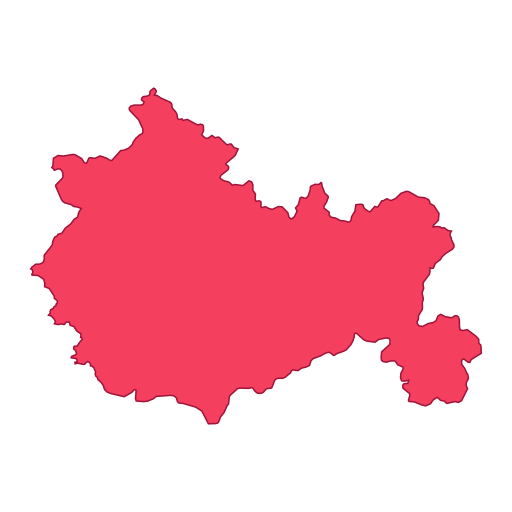 Nguyen Binh, Cao Bằng, Vietnam
{"feature_id": "81297802B34664406606726", "entity_name": "Nguyen Binh", "entity_type": "district", "adm_level": 2, "iso_a3": "VNM", "parent_name": "Vietnam", "parent_adm1": "Cao Bằng", "projection": "orthographic", "projection_center": [105.947, 22.647], "detail": "fine", "context": "isolated", "style": "filled", "palette": "rose", "viewbox_px": 512, "rotation_deg": 0, "n_neighbors": 0, "source": "geoboundaries", "source_scale": "gbopen_adm2", "svg_char_len": 5998}
<svg xmlns="http://www.w3.org/2000/svg" viewBox="0 0 512 512"><path d="M208.4,423.8L215.6,423.6L217.6,423.1L218.7,421.8L220.6,416.8L224.1,412.5L227.1,405.7L228.5,404.1L229.3,397.2L229.9,395.6L237.6,388.6L240.0,388.1L248.4,388.4L251.8,387.7L252.9,388.3L255.1,391.4L257.6,393.3L261.0,393.4L263.4,392.2L266.5,388.7L271.0,388.2L272.0,387.3L274.7,380.3L275.9,379.2L277.6,378.3L282.6,378.3L285.1,377.3L290.5,372.9L291.3,371.0L292.4,369.9L298.0,370.6L301.7,368.1L306.0,367.1L309.0,365.7L309.6,365.2L311.0,360.8L313.1,358.6L320.3,356.0L325.3,353.3L328.3,352.3L330.0,352.6L333.5,355.4L334.6,355.1L337.1,353.5L343.5,351.3L346.4,349.7L351.0,344.5L353.0,340.7L354.4,336.4L354.3,334.4L355.1,333.2L356.5,333.3L363.4,339.5L365.9,340.8L368.1,341.3L375.1,342.2L378.7,339.5L385.8,338.0L388.9,338.3L389.7,339.2L390.1,341.0L389.8,344.4L381.6,351.9L381.1,357.6L381.5,360.3L383.3,361.7L386.2,362.2L390.3,361.0L394.3,360.9L395.3,361.3L397.7,364.8L402.9,367.0L403.1,368.1L402.7,369.9L400.9,373.2L400.5,377.7L401.4,380.4L402.1,381.0L405.0,381.1L408.7,380.2L407.8,383.4L404.1,383.7L403.1,384.5L402.7,386.3L403.0,388.2L409.6,393.6L409.8,395.6L408.5,399.9L408.6,401.0L409.1,401.5L414.1,401.9L421.6,404.9L425.5,405.9L430.5,403.8L433.1,400.0L437.3,397.3L440.5,400.3L444.4,401.1L445.9,402.9L447.1,403.4L454.8,401.6L458.4,402.4L461.5,400.8L467.6,388.7L466.3,385.8L466.2,383.9L466.6,382.0L468.4,378.5L467.8,374.3L466.7,373.0L464.9,368.7L461.7,364.2L461.6,360.8L462.2,359.6L463.7,358.9L468.0,362.2L469.9,362.4L471.0,359.9L472.1,359.0L481.3,353.3L481.0,346.6L480.6,344.8L478.9,343.5L478.7,339.2L476.1,336.3L467.3,329.6L463.1,330.5L460.1,329.9L459.5,326.6L459.4,320.3L458.6,317.3L457.0,315.8L455.4,315.7L453.8,316.3L452.9,317.4L450.6,317.6L445.0,316.6L441.2,314.5L440.3,314.5L437.9,316.1L436.1,320.6L433.0,322.6L428.2,323.5L422.8,326.4L419.0,325.9L417.3,323.6L417.2,321.7L418.3,319.6L418.6,315.4L422.1,309.8L422.5,307.9L422.3,302.4L423.2,300.0L423.2,298.1L422.1,293.0L423.7,288.3L423.0,283.7L423.9,281.6L429.4,274.4L430.0,271.5L429.9,267.9L431.5,268.4L433.4,268.1L435.4,263.3L440.4,259.6L442.0,256.8L445.6,253.5L452.4,249.2L453.8,247.4L454.0,246.1L453.9,244.7L451.4,239.6L451.4,238.0L450.0,235.5L450.2,233.3L451.5,231.1L447.9,230.5L444.4,227.8L441.7,228.0L440.3,227.0L437.7,226.5L433.1,226.9L433.6,225.2L438.4,220.3L439.0,213.5L433.9,205.7L429.9,203.4L429.7,201.6L428.7,199.7L424.5,197.7L418.3,197.1L409.8,192.2L407.9,191.4L406.1,191.4L400.9,193.3L395.7,198.4L391.5,200.4L389.5,200.1L386.9,198.7L383.1,200.8L381.8,200.8L377.9,206.8L376.8,207.1L374.8,206.4L370.2,211.7L369.4,211.8L367.4,210.7L364.3,208.4L362.8,204.7L360.7,204.2L355.9,204.7L354.9,211.1L351.6,216.7L351.0,220.3L349.6,221.8L348.3,222.1L345.3,221.1L340.0,220.4L335.5,218.0L330.8,217.1L329.1,214.6L329.2,212.2L324.0,208.1L323.9,206.4L326.5,202.2L328.3,197.3L328.2,196.3L324.7,193.0L322.1,186.1L321.6,182.9L321.0,182.5L319.1,184.4L315.0,184.3L310.9,186.2L310.4,186.7L310.1,190.3L308.1,196.1L306.2,198.1L304.8,198.2L301.7,197.2L300.2,197.7L298.3,204.7L295.5,207.9L297.1,211.2L294.4,216.7L291.7,218.8L291.0,219.0L288.9,217.0L287.9,212.8L282.2,206.9L278.5,206.5L272.2,209.4L268.5,208.3L265.4,206.7L261.7,207.6L261.0,206.8L261.0,202.0L260.5,201.4L259.0,200.8L256.2,201.3L255.5,200.4L255.1,197.6L255.5,194.7L255.1,193.4L252.8,190.3L252.9,184.9L251.6,181.8L248.9,180.8L243.4,185.3L242.4,185.5L235.0,184.5L232.2,185.2L230.0,182.8L228.3,181.8L223.7,180.7L220.2,178.4L220.0,177.4L221.1,175.2L227.8,170.0L228.7,168.2L228.4,166.3L225.7,164.1L225.8,163.5L235.1,155.6L238.2,149.0L234.1,147.7L231.2,144.0L229.8,144.0L227.6,144.8L226.5,144.5L219.2,137.4L218.2,137.1L214.9,137.7L212.0,135.4L208.1,138.1L206.2,138.3L204.8,137.7L201.7,134.8L203.6,130.7L203.4,126.0L202.5,124.7L200.7,124.2L197.4,124.9L187.3,119.4L183.0,120.4L182.1,118.9L179.3,119.4L177.7,118.9L177.0,114.4L175.7,111.9L172.1,107.8L171.8,104.3L171.2,103.2L170.2,102.2L161.0,98.1L157.0,95.4L154.4,95.3L156.2,91.7L156.2,90.7L154.8,88.7L153.6,88.2L150.5,90.8L150.0,91.7L149.7,95.0L146.6,96.2L143.2,96.6L141.8,98.0L141.5,100.0L144.1,102.0L143.3,104.0L141.2,105.1L134.0,105.1L130.6,106.2L129.3,107.8L129.2,109.1L129.8,110.5L138.7,119.9L142.8,128.9L142.9,132.5L141.7,133.9L139.5,135.0L135.7,138.5L133.3,141.8L132.3,144.6L128.6,148.2L123.9,150.2L120.6,150.6L111.7,160.6L109.2,159.9L106.8,158.2L100.0,155.9L95.1,158.3L90.0,157.7L88.8,158.2L86.8,162.7L86.1,163.3L84.3,162.7L81.6,158.5L75.3,154.8L73.3,154.4L63.4,156.0L58.0,155.5L53.4,158.3L52.9,165.7L51.8,167.6L53.2,168.5L54.3,170.3L58.0,168.9L60.1,169.0L61.8,170.7L62.9,173.5L62.9,177.3L62.4,178.2L55.9,184.9L55.6,186.1L61.3,199.2L62.7,201.4L64.9,202.9L71.2,204.6L73.8,206.5L77.2,207.0L81.3,208.4L78.8,212.2L77.6,217.0L74.0,219.4L70.8,223.9L65.3,228.1L62.0,233.1L58.0,234.3L56.9,236.1L54.9,237.0L54.2,238.0L52.7,241.7L52.2,245.1L44.2,255.2L44.2,259.7L43.0,262.5L39.8,264.1L35.6,264.2L31.7,267.4L30.7,268.9L32.1,269.4L32.8,272.0L32.6,273.2L31.8,274.2L32.0,275.1L38.0,275.5L43.6,279.2L44.8,283.1L44.6,286.7L49.2,288.5L54.1,295.9L54.4,298.4L56.9,300.4L57.3,301.2L57.5,302.4L56.0,304.2L56.1,305.5L54.0,306.8L53.1,308.5L50.7,309.7L50.1,311.4L50.3,313.2L48.5,315.2L51.3,316.0L53.8,318.6L55.5,321.7L54.4,323.8L58.3,324.6L61.3,323.9L63.8,324.5L64.5,324.3L66.3,322.0L69.2,322.1L70.2,325.4L73.9,326.5L76.6,330.9L80.7,333.7L81.0,335.2L80.6,337.5L81.9,338.0L82.3,339.1L79.1,343.0L77.3,346.0L74.2,346.3L73.8,346.9L73.7,349.0L75.4,350.4L76.6,353.5L75.7,354.7L71.6,356.4L71.2,357.8L75.7,358.5L76.9,359.5L77.1,361.7L74.9,362.3L75.1,363.8L77.6,363.2L83.4,364.4L84.8,364.2L86.1,362.5L87.7,361.6L89.5,362.5L90.5,364.2L90.4,365.8L92.0,366.2L93.8,367.7L95.6,371.9L95.2,373.8L95.7,376.0L97.1,377.1L98.1,379.9L100.8,382.0L103.3,385.5L104.5,389.4L106.9,391.9L110.6,393.5L124.2,396.7L130.7,393.0L132.6,391.6L133.6,390.1L134.9,389.6L135.7,389.9L136.1,391.0L135.5,398.7L136.2,401.0L143.5,401.6L147.5,401.2L153.3,398.8L156.3,396.4L170.1,395.4L173.1,395.6L175.2,396.7L176.4,398.0L177.5,401.8L178.9,403.0L182.9,403.4L195.6,407.1L201.9,411.1L208.4,423.8Z" fill="#f43f5e" stroke="#9f1239" stroke-width="1.5"/></svg>